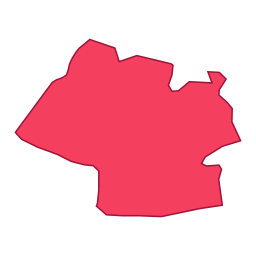 South Gloucestershire, Robinson projection
{"feature_id": "GBR-2046", "entity_name": "South Gloucestershire", "entity_type": "Unitary Authority", "adm_level": 1, "iso_a3": "GBR", "parent_name": "United Kingdom", "parent_adm1": "", "projection": "robinson", "projection_center": [-2.446, 51.538], "detail": "fine", "context": "isolated", "style": "filled", "palette": "rose", "viewbox_px": 256, "rotation_deg": 0, "n_neighbors": 0, "source": "natural_earth", "source_scale": "10m", "svg_char_len": 776}
<svg xmlns="http://www.w3.org/2000/svg" viewBox="0 0 256 256"><path d="M15.4,132.3L52.3,82.4L56.5,79.8L61.9,77.9L66.5,75.0L68.4,69.2L69.6,63.8L72.5,57.8L76.0,52.2L79.0,48.4L89.9,39.4L91.6,40.1L114.9,48.1L119.2,61.6L136.8,55.6L171.0,63.8L173.0,65.3L171.9,75.1L168.4,85.3L172.0,91.3L178.4,90.8L189.3,81.7L212.0,82.9L207.9,71.8L219.3,72.4L226.1,79.1L219.3,89.7L218.8,95.0L226.9,102.2L232.2,108.5L231.9,121.9L240.6,140.7L222.3,146.3L205.3,156.9L201.5,163.5L206.6,166.0L219.0,165.1L221.5,169.3L218.7,179.3L222.3,205.2L199.0,208.7L161.4,216.6L138.5,215.7L121.8,215.7L106.4,214.8L96.4,206.1L97.4,203.4L98.8,190.2L98.8,178.0L98.8,171.0L93.3,165.7L84.2,164.8L71.0,161.3L57.1,154.3L37.6,147.2L21.6,139.3L16.9,134.2L15.4,132.3Z" fill="#f43f5e" stroke="#9f1239" stroke-width="1.5"/></svg>